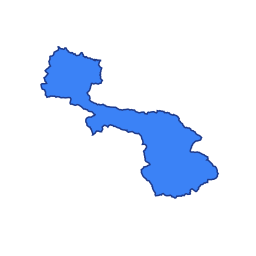 the district of Chachapoyas, Amazonas, Peru, rotated 116°
{"feature_id": "86281439B12993203122991", "entity_name": "Chachapoyas", "entity_type": "district", "adm_level": 2, "iso_a3": "PER", "parent_name": "Peru", "parent_adm1": "Amazonas", "projection": "robinson", "projection_center": [-77.817, -6.465], "detail": "fine", "context": "isolated", "style": "filled", "palette": "blue", "viewbox_px": 256, "rotation_deg": 116, "n_neighbors": 0, "source": "geoboundaries", "source_scale": "gbopen_adm2", "svg_char_len": 5879}
<svg xmlns="http://www.w3.org/2000/svg" viewBox="0 0 256 256"><g transform="rotate(116 128 128)"><path d="M127.1,225.2L129.3,223.6L130.6,222.1L130.3,219.9L130.3,219.6L131.3,218.7L131.4,218.2L132.5,217.5L134.5,216.8L134.7,215.7L135.9,214.3L134.6,212.9L134.3,212.1L133.5,211.9L133.2,211.4L131.5,207.6L131.9,206.2L130.9,205.6L130.6,204.4L130.1,203.7L130.3,202.2L130.0,201.1L129.0,199.5L128.4,197.6L126.6,194.7L126.1,193.2L127.0,191.9L130.8,191.1L131.4,190.6L131.7,190.0L131.1,188.9L130.8,185.5L130.3,184.8L129.3,184.1L128.9,182.5L129.3,179.3L130.4,175.9L129.7,175.0L129.8,173.6L129.4,172.5L130.2,171.0L129.9,169.5L129.2,167.7L129.7,166.0L130.5,164.6L130.3,163.5L130.5,163.4L131.5,163.7L132.7,164.9L134.4,165.8L135.3,168.0L136.8,169.2L138.3,169.6L139.2,169.4L140.7,168.7L141.3,168.2L141.8,167.1L143.6,166.0L144.1,164.0L144.1,162.7L143.9,162.4L145.1,161.3L144.9,160.9L148.2,157.5L149.0,156.9L149.7,156.8L149.0,156.1L148.2,156.0L147.2,155.3L144.7,155.0L143.7,153.1L143.6,151.4L142.9,150.1L142.0,150.5L141.2,150.2L140.1,150.2L138.6,151.6L137.9,151.5L137.0,150.9L136.1,150.7L135.7,150.0L135.6,148.8L135.6,147.5L136.0,146.5L134.1,146.3L132.7,145.0L132.8,144.3L132.3,142.5L132.8,141.6L132.1,140.3L132.3,137.9L131.8,135.3L132.2,133.7L131.8,131.5L131.2,130.0L131.1,128.7L130.5,128.0L131.4,127.4L131.6,125.8L130.7,124.7L129.3,122.5L129.7,119.4L128.8,116.7L128.2,116.1L128.3,115.7L129.6,112.4L131.8,110.7L132.1,109.9L134.4,108.1L136.4,107.9L135.5,106.3L135.3,105.3L135.7,104.0L136.1,103.5L137.2,102.9L138.0,102.8L138.5,103.1L140.7,103.1L141.3,103.7L142.3,103.7L143.5,102.2L144.2,102.1L145.4,101.2L146.0,100.5L147.4,99.8L147.6,99.1L149.3,98.6L150.2,97.2L150.3,94.0L150.8,92.7L151.3,92.2L153.3,93.9L154.2,94.2L156.2,96.8L156.7,96.6L157.5,96.7L159.8,97.8L160.5,97.1L162.1,96.5L164.6,93.5L165.3,91.9L165.8,89.4L166.3,88.9L166.7,88.0L166.7,87.3L166.3,86.3L166.4,85.4L167.3,84.4L167.7,83.3L168.2,82.8L168.8,81.4L169.4,80.9L170.0,80.8L170.3,79.9L171.2,79.6L171.8,79.0L173.4,76.9L174.4,74.9L176.0,74.4L176.8,73.5L174.9,70.6L173.8,70.0L173.7,68.8L173.5,68.5L172.3,68.5L171.5,67.6L172.2,65.1L171.9,63.5L170.5,61.1L169.9,60.7L169.9,59.0L170.6,58.7L170.1,56.5L170.4,55.4L170.3,55.0L169.8,54.4L167.8,54.2L167.5,53.2L166.9,52.6L165.7,49.9L164.9,49.9L164.4,49.2L164.2,47.9L162.1,47.5L161.5,46.6L161.5,45.3L160.3,43.3L159.8,43.1L158.8,44.2L158.1,43.9L157.4,44.0L156.7,44.8L156.0,44.7L154.9,44.1L154.6,43.7L154.7,43.0L155.4,39.4L155.3,39.0L154.7,38.5L153.1,38.3L151.7,37.8L150.5,38.6L149.0,37.8L147.6,37.8L146.9,37.4L145.9,36.1L143.9,35.4L143.6,34.4L142.5,33.8L142.0,32.6L139.8,33.6L139.3,33.6L137.8,30.3L137.2,29.8L136.5,28.5L134.2,26.8L132.1,26.5L131.6,26.9L130.7,27.1L129.5,26.9L128.9,28.1L127.8,29.0L127.0,29.2L125.2,31.1L124.4,32.6L124.8,34.2L124.7,35.3L124.1,35.6L123.4,36.7L121.7,42.0L122.1,43.1L120.6,42.6L119.0,43.8L119.3,44.4L119.1,45.3L119.1,47.0L118.7,47.9L119.1,49.7L118.8,50.5L118.9,51.8L118.7,53.4L119.1,54.0L119.2,55.3L119.9,56.1L120.7,57.5L120.8,58.6L121.9,60.6L121.9,61.5L121.4,62.0L118.7,62.6L118.0,62.3L117.8,62.5L116.7,62.7L116.4,63.0L115.1,62.6L114.7,62.8L112.9,62.6L112.5,62.3L110.9,61.8L109.8,61.1L109.3,60.1L107.0,57.6L106.0,57.5L105.3,57.8L104.4,57.6L103.7,59.3L103.5,61.1L103.7,62.5L103.3,64.5L102.1,66.1L102.3,67.0L101.9,68.2L102.3,69.3L102.3,70.5L101.4,71.3L101.4,72.2L101.1,72.7L101.9,74.5L101.8,75.6L102.5,76.3L102.6,77.1L102.4,77.4L102.4,78.1L101.9,78.5L101.6,79.5L101.3,79.7L101.1,80.3L100.3,80.9L100.0,83.1L99.8,83.6L99.3,83.8L99.0,85.3L98.5,85.9L97.3,86.0L97.0,86.3L96.4,87.8L96.0,88.0L95.7,89.8L96.0,92.2L95.8,92.8L96.7,93.1L96.7,93.7L96.9,94.1L96.8,94.7L97.1,95.2L96.9,97.0L96.4,97.4L96.7,98.2L96.7,99.3L97.5,100.0L97.6,100.9L98.2,101.7L98.2,102.1L97.4,102.9L97.7,103.3L97.9,104.8L98.3,105.2L98.5,107.0L98.8,107.1L99.4,108.2L99.6,109.3L100.8,108.8L101.9,109.1L102.2,111.2L102.0,111.6L102.1,112.1L103.6,114.4L104.7,115.5L104.9,116.7L105.6,117.1L106.8,116.8L107.3,117.5L107.3,118.4L107.7,118.9L107.2,120.0L106.8,120.3L106.8,120.9L107.4,121.7L107.5,122.3L109.3,124.3L109.6,125.1L109.6,126.4L109.9,127.9L109.6,129.1L109.1,129.8L109.1,130.4L109.7,131.2L109.9,132.8L111.0,134.3L110.9,135.6L111.2,136.5L112.5,138.3L113.4,140.0L114.4,140.9L114.7,142.6L115.3,143.8L115.1,145.7L115.2,146.3L114.9,146.8L114.8,148.1L117.0,153.1L117.0,153.5L118.1,156.9L117.8,157.5L118.0,158.2L117.6,158.7L117.9,159.6L117.6,160.9L118.3,161.4L119.3,162.9L119.6,163.7L119.4,164.4L119.7,165.0L120.4,165.4L120.3,166.6L120.0,167.2L120.5,169.9L120.2,171.0L120.4,172.0L120.2,173.6L119.6,174.6L119.6,175.1L118.1,175.1L116.6,176.2L116.0,176.9L115.7,178.4L115.3,179.0L114.9,179.2L114.7,179.8L114.1,180.2L112.3,179.4L110.4,179.1L109.3,179.4L108.7,179.3L106.9,179.9L105.4,179.9L104.1,180.4L103.6,179.9L103.5,178.2L102.0,176.6L101.6,174.0L100.2,173.0L99.6,171.9L97.3,172.2L96.7,171.8L96.2,172.5L95.7,174.3L93.4,175.3L92.7,176.5L91.6,176.2L90.5,177.2L89.3,177.1L88.3,177.6L85.6,177.9L85.5,179.6L84.2,182.1L81.0,182.7L79.9,182.6L79.6,182.2L79.2,182.4L80.0,184.4L80.7,185.2L80.3,185.9L80.5,186.7L80.9,187.2L81.7,186.9L81.9,187.2L81.9,187.8L81.4,188.0L81.2,188.3L82.0,188.9L81.6,190.1L82.2,191.9L81.7,192.6L82.8,194.8L82.2,196.8L82.5,197.2L83.0,197.1L83.4,197.4L82.9,198.9L83.1,199.5L82.0,200.2L81.6,200.7L81.6,201.2L80.6,201.9L80.5,202.6L81.1,203.2L83.9,203.7L85.5,206.0L85.4,207.1L84.5,208.2L85.5,209.1L84.7,210.9L84.8,211.5L85.6,212.0L85.6,215.1L85.0,215.5L84.7,216.9L83.3,218.8L83.7,219.8L85.0,219.9L85.6,220.5L85.6,221.9L86.2,222.8L85.9,224.6L85.5,225.3L85.6,226.3L85.8,226.4L86.0,225.8L86.8,225.2L88.6,224.9L92.3,227.6L94.7,227.0L96.1,227.5L96.9,228.2L97.5,229.3L98.0,229.5L100.3,228.3L103.1,228.2L103.7,227.4L105.1,226.6L106.3,224.8L107.0,225.1L107.7,225.7L108.9,225.9L110.5,226.8L112.8,227.6L113.4,226.6L114.1,223.8L115.4,223.8L116.3,224.3L118.1,224.5L119.7,225.5L121.2,223.8L122.2,223.3L122.4,222.2L123.6,220.7L124.8,222.5L125.9,224.7L127.1,225.2Z" fill="#3b82f6" stroke="#1e3a8a" stroke-width="1.5"/></g></svg>